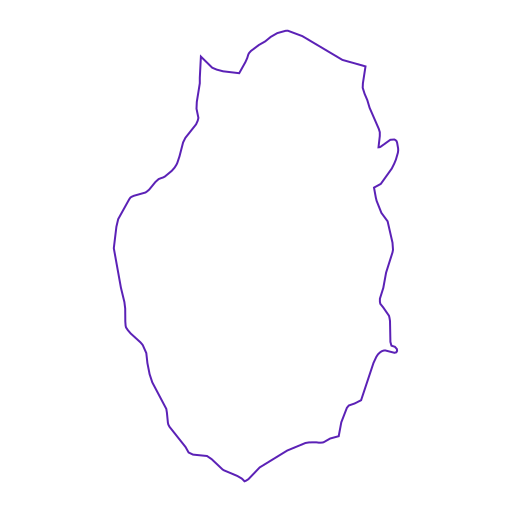 the Province of Kâmpóng Chhnang
{"feature_id": "KHM-1785", "entity_name": "Kâmpóng Chhnang", "entity_type": "Province", "adm_level": 1, "iso_a3": "KHM", "parent_name": "Cambodia", "parent_adm1": "", "projection": "equal_earth", "projection_center": [104.594, 12.169], "detail": "fine", "context": "isolated", "style": "outline", "palette": "violet", "viewbox_px": 512, "rotation_deg": 0, "n_neighbors": 0, "source": "natural_earth", "source_scale": "10m", "svg_char_len": 1927}
<svg xmlns="http://www.w3.org/2000/svg" viewBox="0 0 512 512"><path d="M120.9,287.6L113.8,248.2L116.4,226.7L118.2,219.1L129.2,199.3L130.4,197.6L131.4,196.9L133.8,195.8L145.5,192.5L147.2,191.3L149.2,189.6L155.4,182.0L158.6,179.1L161.4,178.0L162.8,177.6L164.8,176.6L171.8,170.8L174.6,167.6L176.5,164.6L177.3,162.9L179.5,156.3L183.1,142.4L185.4,137.8L196.1,124.3L197.7,120.7L198.4,117.9L196.5,108.7L196.8,101.9L199.8,83.3L199.8,77.8L200.9,56.6L212.2,67.7L216.7,69.6L223.1,71.3L239.2,73.2L245.4,62.1L247.2,58.1L248.3,54.5L249.1,53.0L251.0,50.9L259.0,44.9L265.2,41.4L270.7,36.9L277.3,33.1L285.6,30.8L287.8,30.7L302.3,36.1L342.4,59.9L365.5,66.4L362.9,83.3L362.7,87.8L364.6,93.8L367.3,100.1L369.6,107.8L378.8,128.9L379.8,132.2L379.8,136.0L378.5,147.3L379.5,147.2L380.4,146.9L390.3,139.8L394.3,139.5L395.5,140.1L396.6,141.2L397.1,142.7L398.1,148.3L398.2,150.3L397.9,152.7L395.9,159.6L394.2,163.7L391.8,168.5L380.8,183.9L374.0,187.6L375.8,197.5L376.6,200.8L381.4,212.9L387.6,221.3L392.5,242.7L393.0,249.8L392.5,252.4L386.1,272.6L383.3,287.9L379.9,298.7L379.9,301.7L380.3,303.8L383.2,307.4L389.0,315.8L389.5,317.9L390.0,321.0L390.4,341.9L391.1,344.5L391.5,345.7L394.9,346.8L396.9,349.1L397.1,350.9L396.3,352.3L394.5,352.8L385.1,350.4L383.5,350.6L381.6,351.3L379.9,352.5L378.0,354.3L376.4,356.7L373.5,362.9L361.1,400.2L354.6,403.5L348.8,405.5L346.9,407.8L341.3,422.3L338.7,436.2L330.2,438.5L323.5,442.3L321.9,442.6L319.0,442.7L316.2,442.3L309.1,442.4L305.4,443.0L287.3,450.5L259.7,467.4L248.4,479.2L246.0,480.7L244.5,481.3L242.8,479.5L241.7,478.5L237.4,476.0L223.9,470.3L222.6,469.5L211.7,459.2L207.0,456.0L193.0,454.6L188.6,452.5L185.6,447.1L169.5,426.8L168.3,424.5L167.9,422.7L166.9,412.6L166.3,408.9L152.3,382.4L149.6,374.2L147.4,363.1L146.3,353.1L142.9,345.4L142.4,344.6L140.5,342.4L130.7,333.5L127.8,330.1L126.0,327.4L125.6,325.6L125.3,321.5L125.2,308.6L124.4,302.1L120.9,287.6Z" fill="none" stroke="#5b21b6" stroke-width="2"/></svg>